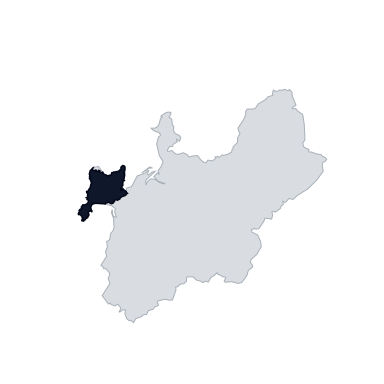 Crimea on a map of Ukraine (Albers equal-area conic projection), rotated 127°
{"feature_id": "UKR-283", "entity_name": "Crimea", "entity_type": "Autonomous Republic", "adm_level": 1, "iso_a3": "UKR", "parent_name": "Ukraine", "parent_adm1": "", "projection": "albers", "projection_center": [34.531, 45.3], "detail": "fine", "context": "in_parent", "style": "filled", "palette": "ink", "viewbox_px": 384, "rotation_deg": 127, "n_neighbors": 0, "source": "natural_earth", "source_scale": "10m", "svg_char_len": 8246}
<svg xmlns="http://www.w3.org/2000/svg" viewBox="0 0 384 384"><g transform="rotate(127 192 192)"><path d="M254.2,254.9L258.2,260.9L261.5,264.0L263.2,264.1L267.7,261.9L270.7,262.5L273.3,260.5L280.1,261.8L278.1,265.7L277.2,269.6L268.5,271.2L265.2,269.0L261.8,269.1L259.9,272.0L256.5,274.0L255.4,276.2L249.2,276.1L245.0,278.1L241.8,282.5L238.3,285.2L235.5,286.0L231.2,284.9L227.8,282.0L230.6,273.6L229.7,269.1L227.0,267.0L223.6,266.7L219.2,263.0L214.1,263.4L212.4,261.6L223.1,253.6L225.4,253.2L231.8,249.0L230.7,245.5L227.9,246.4L224.2,243.5L212.3,245.4L205.2,241.0L201.8,240.4L201.0,239.4L204.5,238.5L204.8,237.0L200.1,235.9L197.5,233.8L210.6,236.1L214.3,232.9L210.6,234.0L206.9,233.1L205.6,232.0L204.1,228.6L204.1,223.9L202.6,219.7L201.4,218.3L203.7,225.2L202.8,231.7L197.3,231.2L197.9,228.5L195.1,231.9L190.8,231.9L185.2,233.3L182.6,240.0L174.9,249.1L168.2,251.9L166.0,251.2L165.0,252.0L164.3,254.8L165.4,256.3L166.1,261.0L165.6,263.0L163.5,260.2L160.8,258.9L157.8,259.1L152.1,261.4L150.3,260.8L150.4,262.2L149.8,262.5L144.8,260.8L142.7,259.3L141.1,256.8L142.8,255.7L146.0,255.5L146.1,252.0L150.3,247.9L150.7,245.9L154.3,243.5L155.4,240.6L154.5,236.1L155.1,233.8L158.9,232.5L159.0,236.0L159.8,235.7L160.8,234.0L165.7,235.9L167.3,234.8L169.3,237.3L173.2,236.9L174.2,235.8L171.0,232.9L171.5,228.6L170.6,226.0L165.9,222.5L165.1,218.6L165.8,215.2L163.4,213.7L159.6,209.6L161.3,203.0L161.2,200.4L160.2,198.4L157.0,198.5L154.9,194.4L151.1,193.4L150.0,194.7L149.4,193.3L148.1,193.3L148.3,191.7L147.5,191.0L144.3,190.3L143.7,188.7L140.4,186.2L136.3,184.4L133.9,185.6L132.9,185.2L131.1,186.4L125.1,185.5L121.2,188.2L116.2,189.0L115.5,191.1L113.4,193.7L102.1,194.5L97.3,196.0L95.5,197.6L92.6,197.9L88.2,192.3L86.8,191.8L81.8,192.1L74.1,189.0L70.0,188.5L66.1,185.6L64.5,187.3L61.5,188.3L61.4,186.4L60.3,184.3L57.5,183.3L56.8,181.5L54.3,179.9L53.3,176.1L51.4,175.9L52.2,172.1L55.0,169.7L60.1,161.2L64.6,162.7L64.9,161.7L63.0,159.3L63.8,156.4L63.4,150.6L64.5,149.1L70.5,143.0L82.3,133.2L86.3,133.0L88.4,130.4L88.8,128.4L87.6,124.2L89.6,123.1L89.6,122.4L88.1,120.6L86.9,116.0L84.5,111.3L85.0,109.4L84.3,106.4L84.7,104.2L87.4,104.0L89.6,105.5L92.4,104.0L96.5,99.7L107.0,99.5L119.5,101.3L131.6,105.9L137.0,106.8L138.9,110.7L143.5,111.0L144.7,111.8L144.7,114.0L147.2,111.5L149.4,112.4L152.1,111.5L158.1,113.5L158.7,115.6L159.9,116.2L161.8,113.8L165.7,112.1L168.9,118.0L172.1,117.0L181.1,116.5L183.2,118.5L183.5,120.2L186.6,121.8L188.0,119.8L186.8,114.0L187.7,111.9L190.4,107.2L193.9,103.8L202.7,102.7L210.7,104.3L213.1,102.9L214.3,99.2L215.4,98.4L220.8,99.8L225.9,97.8L234.4,97.8L237.1,100.0L239.9,106.5L244.1,111.2L243.8,112.7L240.0,113.5L239.9,114.3L241.2,116.5L241.6,121.0L242.2,121.5L241.3,123.5L245.5,124.0L248.8,125.5L254.0,124.7L255.5,128.1L257.8,128.5L257.8,130.7L259.8,135.9L259.1,138.7L259.4,140.3L262.2,144.3L263.4,144.9L266.7,142.7L270.1,143.3L273.1,146.2L276.0,146.2L277.9,147.8L279.9,145.8L289.9,142.6L292.4,145.4L292.9,147.2L294.5,149.6L299.9,153.9L301.4,153.3L301.8,151.3L303.0,150.6L306.0,152.5L309.0,152.6L313.3,155.5L317.2,154.5L319.4,157.1L321.8,157.3L326.9,160.6L331.5,160.2L331.4,163.7L332.6,165.1L332.5,167.8L329.4,172.5L326.3,174.0L327.5,176.2L331.3,177.4L331.6,178.1L328.3,178.6L327.0,180.3L326.3,183.9L329.4,184.9L330.5,189.1L329.9,190.5L331.7,191.2L328.9,201.4L314.4,202.5L311.7,206.7L307.4,208.2L306.2,209.5L305.1,215.2L306.4,216.2L305.2,218.6L305.5,220.6L294.7,221.5L291.5,225.3L286.8,226.4L282.9,230.4L281.1,229.3L279.0,229.3L274.5,231.9L270.4,231.8L267.2,232.9L260.3,238.7L257.1,243.8L254.0,245.3L258.3,241.2L258.5,239.0L257.5,237.3L254.8,241.5L251.3,243.3L251.4,248.1L254.2,254.9ZM207.0,243.6L197.4,240.8L196.6,238.1L198.7,240.5L207.0,243.6Z" fill="#d9dde1" stroke="#a8b0b8" stroke-width="1"/><path d="M231.2,244.8L231.8,244.2L231.9,243.7L231.8,242.8L231.9,242.6L232.7,243.1L233.3,243.2L234.1,243.0L234.8,243.2L235.6,243.6L236.4,244.2L237.2,244.7L237.8,245.1L238.4,245.3L239.1,245.6L240.0,245.7L240.6,245.5L241.2,245.5L241.8,245.8L242.3,246.2L242.8,246.2L243.3,246.5L243.5,247.1L243.8,247.6L244.1,248.1L244.5,248.5L245.0,248.9L245.6,249.0L245.9,248.6L246.0,248.3L246.7,248.4L247.2,248.3L247.9,248.3L248.7,248.5L249.4,248.9L249.9,249.4L250.2,250.2L250.2,250.9L250.2,251.9L250.3,252.5L250.7,252.9L251.7,253.2L252.4,253.8L253.0,254.4L253.4,254.5L253.9,254.2L254.6,255.6L259.4,262.7L261.9,264.4L262.5,264.4L265.5,263.6L265.8,263.3L266.2,262.8L266.3,262.6L266.3,262.4L266.4,262.2L266.6,262.2L267.0,261.7L267.1,261.2L267.2,260.7L267.4,260.4L267.7,260.2L268.1,260.2L268.2,260.5L268.0,260.8L267.9,261.3L268.1,261.6L268.4,261.8L269.6,262.5L270.3,262.7L270.9,262.6L271.4,261.9L271.6,261.2L272.1,260.8L272.4,260.5L272.8,260.3L274.7,260.3L274.9,260.2L275.2,259.9L275.5,260.0L275.6,260.3L275.5,260.7L275.8,260.6L276.0,260.4L276.5,260.4L277.0,260.8L277.3,260.8L278.3,260.6L278.6,260.6L279.1,261.2L279.4,261.4L279.6,261.4L279.9,261.0L280.2,261.0L280.5,261.1L280.7,261.4L281.0,262.2L281.2,262.8L281.0,263.0L280.5,263.2L280.3,263.2L280.1,263.1L279.6,262.9L279.2,262.8L278.9,262.9L278.7,263.2L278.6,263.7L278.7,263.8L278.8,263.9L278.8,264.0L278.7,264.2L278.6,264.3L278.2,264.3L277.9,264.7L277.7,265.2L277.6,265.7L277.4,267.1L277.4,267.6L277.6,268.1L278.0,268.6L278.3,269.0L278.2,269.3L278.0,269.6L276.8,270.0L275.3,270.1L275.1,270.2L275.0,270.3L274.9,270.5L274.8,270.9L274.8,271.0L274.4,271.1L272.9,270.8L272.0,270.2L272.0,270.4L271.5,270.2L271.1,270.5L270.8,271.1L270.6,271.4L269.3,271.3L268.1,271.5L267.8,271.4L267.6,270.9L267.5,270.6L267.0,270.0L266.8,269.8L265.7,269.2L264.5,268.7L263.8,268.6L263.1,268.6L262.4,268.8L261.8,269.1L260.9,269.8L260.7,270.0L260.7,270.3L260.6,270.5L260.6,270.9L260.7,271.0L261.2,271.2L261.2,271.3L261.0,271.5L260.4,271.4L260.2,271.5L260.0,271.8L260.0,272.1L260.1,272.8L259.3,272.2L259.2,272.3L258.9,272.5L258.5,272.3L258.2,272.5L257.8,273.3L257.5,273.5L256.8,273.7L256.5,273.8L256.1,274.6L255.8,275.7L255.3,276.4L254.6,276.3L254.4,276.0L254.2,275.7L254.0,275.4L253.7,275.3L253.1,275.3L252.8,275.4L252.6,275.5L252.4,275.8L252.1,275.8L251.5,275.7L251.3,275.9L251.0,276.0L249.9,275.8L249.3,276.0L248.1,276.8L247.4,277.1L246.1,277.4L245.5,277.6L245.1,278.1L245.1,277.9L245.0,278.0L244.3,278.9L244.3,279.1L244.1,279.3L243.5,280.3L242.9,282.0L242.7,282.3L242.2,282.3L241.9,282.3L241.7,282.3L241.6,282.5L241.2,283.2L241.0,283.4L240.2,283.6L240.0,283.8L239.8,284.2L239.6,284.6L239.4,284.8L238.8,285.2L238.6,285.2L238.2,285.3L236.3,286.1L236.0,286.2L235.6,286.1L234.6,285.7L234.3,285.7L234.0,285.8L233.8,285.8L232.7,285.8L232.5,285.7L233.1,285.6L233.1,285.3L233.4,285.1L234.6,285.0L234.4,284.4L233.8,282.7L233.3,282.6L233.2,282.0L232.5,282.1L232.2,281.4L232.9,280.4L232.2,279.4L230.8,279.5L230.6,278.1L231.9,277.3L231.7,276.4L230.7,275.8L230.1,275.7L229.9,274.9L230.4,274.8L230.6,274.5L230.7,274.1L230.8,273.6L230.8,273.1L230.6,272.2L230.5,271.8L230.5,271.6L230.2,271.0L230.2,270.8L230.1,270.2L229.9,269.2L229.4,268.7L228.3,267.9L227.4,267.0L227.1,266.9L226.4,267.0L225.8,267.2L225.2,267.6L224.8,267.7L224.6,267.5L224.5,267.1L224.1,266.9L223.4,266.7L223.1,266.4L222.6,265.7L222.2,265.5L222.0,265.2L221.8,264.9L221.7,264.8L221.4,264.6L221.2,264.6L220.2,263.6L219.6,263.2L218.9,262.9L216.4,262.6L216.0,262.7L215.8,262.8L215.2,263.5L214.9,263.6L213.7,263.6L213.4,263.4L212.8,263.1L212.4,263.1L212.0,261.8L212.0,261.4L212.2,260.8L212.7,260.3L214.7,258.8L215.0,258.7L215.4,258.7L215.7,258.6L216.0,258.5L216.2,258.3L216.4,258.1L216.5,258.0L216.6,257.8L216.9,257.8L217.1,257.8L217.4,258.0L217.6,258.0L217.8,257.9L217.8,257.7L217.8,257.3L217.8,257.1L218.0,256.8L218.5,256.3L219.6,255.6L223.4,253.9L223.6,253.7L223.7,253.4L223.4,253.1L223.4,252.9L223.5,252.8L224.0,253.2L224.5,253.6L225.1,253.5L226.3,252.8L226.9,252.5L227.0,252.4L227.5,251.8L227.8,251.7L228.5,251.3L228.7,251.2L228.9,251.2L229.2,251.5L229.4,251.5L229.5,251.5L229.9,251.4L230.3,250.9L230.7,250.7L230.9,250.6L231.0,250.6L231.4,250.7L231.5,250.8L231.6,251.0L231.8,251.1L232.2,251.1L232.2,250.8L232.2,250.2L232.2,249.8L232.5,249.9L232.8,249.8L233.3,249.6L233.6,249.4L233.3,249.2L233.0,249.0L232.1,248.8L231.7,248.8L231.4,249.0L231.2,249.1L231.0,248.9L231.4,248.5L231.5,248.2L231.4,248.1L231.2,247.8L231.3,247.6L231.4,247.4L231.4,247.2L231.2,246.4L231.2,246.1L231.4,245.9L231.5,245.6L231.5,245.3L231.2,244.8Z" fill="#0f172a" stroke="#020617" stroke-width="1.5"/></g></svg>